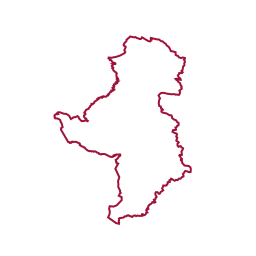 Gachoka, Eastern, Kenya, rotated 289°
{"feature_id": "3690345B9660706705639", "entity_name": "Gachoka", "entity_type": "district", "adm_level": 2, "iso_a3": "KEN", "parent_name": "Kenya", "parent_adm1": "Eastern", "projection": "equal_earth", "projection_center": [37.603, -0.727], "detail": "fine", "context": "isolated", "style": "outline", "palette": "rose", "viewbox_px": 256, "rotation_deg": 289, "n_neighbors": 0, "source": "geoboundaries", "source_scale": "gbopen_adm2", "svg_char_len": 5842}
<svg xmlns="http://www.w3.org/2000/svg" viewBox="0 0 256 256"><g transform="rotate(289 128 128)"><path d="M215.2,100.2L214.1,99.8L211.0,97.9L209.8,98.2L207.0,97.0L205.5,96.7L204.6,97.2L204.6,98.0L203.8,99.5L200.3,99.2L199.0,100.7L197.7,100.4L193.7,96.7L191.4,93.6L188.9,89.2L188.3,86.8L187.6,86.9L187.7,87.2L186.8,88.6L186.3,88.8L186.7,90.0L185.2,91.7L185.1,94.9L184.9,95.1L184.4,95.2L183.4,92.6L183.1,93.4L181.4,92.5L181.1,93.3L180.5,93.4L180.2,94.1L179.6,93.5L179.5,92.8L179.2,94.6L177.7,95.4L177.4,96.5L177.0,96.9L176.7,98.5L176.1,99.5L175.8,99.7L175.2,99.4L172.5,100.6L172.3,101.4L171.6,101.4L171.5,102.0L171.3,101.9L170.9,102.5L170.5,101.9L170.2,102.8L168.1,102.0L168.7,103.5L167.4,102.9L166.8,103.1L166.5,102.4L165.8,102.2L165.6,101.4L165.1,101.4L164.8,100.7L164.3,101.1L163.5,100.5L163.1,100.5L162.7,101.4L162.4,101.3L162.4,100.9L161.8,101.4L160.8,100.3L160.1,101.3L160.0,102.6L159.8,102.6L159.7,102.2L158.7,101.8L158.9,101.4L158.8,101.1L158.2,101.0L158.0,100.2L157.7,100.3L157.6,100.7L156.6,100.2L156.8,99.7L155.0,99.1L154.1,99.2L153.6,98.3L153.0,98.1L152.5,98.7L152.2,98.6L151.7,97.7L150.3,96.9L150.2,95.7L149.7,95.0L150.0,94.5L149.9,94.2L149.5,93.7L149.2,94.2L148.7,93.7L148.2,93.6L148.4,92.8L148.0,92.5L148.1,92.1L147.5,91.3L146.9,91.1L146.8,90.3L145.8,90.6L145.4,89.5L144.4,89.8L142.0,87.7L140.7,87.9L139.9,87.2L139.4,87.1L138.9,85.6L137.7,86.0L136.6,85.1L135.6,85.2L134.4,84.5L133.4,84.5L131.3,82.3L129.5,82.2L128.5,81.6L127.9,82.0L127.8,82.9L127.0,83.3L125.5,82.3L125.0,82.5L124.2,82.9L123.5,83.8L123.2,85.4L122.0,86.4L121.6,87.7L121.2,87.5L121.4,85.2L120.2,84.0L119.4,81.8L121.1,78.5L122.3,77.7L122.8,76.4L121.2,74.8L120.3,72.8L119.7,72.7L117.9,71.1L118.6,70.5L119.0,69.6L119.9,69.1L120.4,68.3L121.0,66.2L121.2,64.7L120.6,62.9L120.7,58.4L119.9,56.5L119.1,56.2L118.4,57.4L118.0,56.9L117.6,55.4L116.7,54.6L115.4,54.5L114.9,55.1L113.8,55.3L113.4,56.0L114.0,58.0L113.9,60.0L113.4,61.4L111.5,62.6L110.8,63.8L107.5,65.9L106.0,64.8L104.5,65.3L95.2,76.1L95.5,76.9L94.9,78.0L95.2,78.5L95.4,78.4L95.4,78.9L95.8,79.0L96.0,78.8L96.3,79.4L96.8,79.6L96.6,79.9L96.8,80.7L97.5,81.7L98.1,83.9L97.8,84.5L97.7,87.3L97.1,87.8L96.4,87.7L96.0,88.2L96.0,89.3L95.6,89.8L95.7,91.4L95.2,92.3L95.5,92.9L95.4,93.5L94.5,94.6L93.6,97.3L93.5,98.9L94.1,100.2L93.9,101.1L94.4,101.8L94.7,103.1L94.5,103.5L95.2,104.5L95.2,105.3L94.7,106.6L94.7,108.6L94.1,109.0L94.3,111.4L94.8,111.6L95.1,112.2L95.7,114.0L95.8,115.0L95.0,120.4L95.4,121.5L95.3,122.3L95.6,122.9L96.9,123.1L96.9,124.0L97.1,124.3L98.0,123.9L98.6,124.9L98.4,125.3L99.3,125.8L99.6,127.4L100.2,128.3L100.4,129.2L99.4,129.7L97.4,128.4L95.9,128.2L93.8,126.8L93.3,127.3L92.2,127.6L92.0,128.4L91.0,128.7L91.1,130.3L85.4,129.3L78.7,135.8L74.6,135.9L71.2,137.4L69.2,137.9L66.1,141.0L65.2,141.2L64.2,142.2L63.0,141.5L61.7,141.7L60.9,141.4L60.6,144.5L57.7,145.5L51.3,142.6L49.0,139.9L48.1,136.2L45.5,136.4L43.1,138.0L40.6,138.6L37.0,138.3L34.2,147.6L34.5,149.9L34.4,150.6L35.5,150.5L36.9,149.5L38.2,149.6L39.4,148.9L40.2,149.6L41.9,153.0L43.4,153.7L44.1,155.4L44.7,155.4L45.6,156.6L45.6,157.2L45.1,158.1L45.5,158.9L45.2,160.9L46.7,161.7L47.6,163.0L47.3,164.3L48.3,165.5L48.5,167.1L49.5,169.8L50.7,169.3L51.2,169.4L51.3,170.2L50.7,170.6L50.5,171.2L51.5,172.4L52.3,172.8L53.6,172.8L54.4,173.8L55.1,172.8L56.2,172.0L57.1,172.9L57.9,172.2L58.3,172.3L58.4,173.4L59.4,172.8L60.7,172.6L61.6,173.1L62.3,173.1L64.0,174.7L65.9,175.2L66.1,175.9L65.8,176.5L65.8,176.9L66.8,178.0L67.2,177.8L68.3,176.0L68.6,175.8L69.2,176.8L70.0,177.1L71.1,176.9L71.9,177.5L72.5,177.3L73.8,175.7L75.2,175.1L76.3,175.2L76.9,176.7L75.9,178.4L76.0,179.1L76.4,179.5L78.1,179.7L80.5,181.6L82.0,179.9L83.7,180.2L85.1,180.1L85.7,182.2L86.4,183.2L87.1,183.0L88.2,183.7L89.7,183.2L90.6,185.1L91.2,184.8L91.5,184.3L92.2,184.2L93.0,185.4L94.1,185.2L94.2,185.7L93.3,189.1L93.7,189.7L94.6,190.3L94.8,191.6L95.1,192.0L96.6,192.5L97.2,194.2L99.0,194.9L100.2,196.2L100.7,196.2L102.4,194.9L104.0,195.7L105.1,195.7L106.0,196.1L106.3,198.5L106.1,199.6L106.3,200.8L106.8,201.5L107.5,201.4L110.2,200.5L111.1,199.8L111.8,197.7L110.9,193.6L111.6,192.6L112.4,190.8L114.1,190.0L114.6,188.6L115.2,188.4L115.8,189.2L116.4,189.0L117.0,187.6L117.8,186.9L118.6,185.5L119.3,185.6L120.1,187.7L123.3,186.2L125.2,186.7L126.8,186.7L127.1,184.8L128.0,183.8L127.7,182.9L126.7,182.0L127.3,180.7L129.1,179.9L130.8,180.7L131.3,179.9L131.6,178.0L132.0,177.7L134.8,177.8L135.1,177.6L135.3,176.7L135.6,176.4L138.1,176.4L138.5,175.8L138.5,173.7L138.9,171.3L140.7,171.3L141.8,173.9L142.1,174.0L143.9,172.7L144.6,173.6L145.9,173.7L146.9,174.8L147.6,174.9L148.3,174.4L149.1,174.3L149.4,174.0L149.5,172.7L151.0,170.8L151.0,168.6L151.9,166.3L153.0,165.9L154.1,165.0L153.6,163.1L154.3,159.8L153.9,156.1L154.1,154.6L154.6,154.1L155.7,153.9L156.6,155.0L157.3,154.0L157.3,152.9L159.0,152.0L159.0,150.3L161.7,148.9L165.4,148.3L166.3,148.7L168.7,146.3L170.5,147.0L171.8,147.9L172.4,148.9L173.0,151.1L173.1,153.4L173.9,157.6L175.2,161.3L175.0,162.2L175.6,163.4L175.8,165.2L176.2,165.6L178.3,165.7L179.3,165.2L180.0,164.4L182.5,166.0L183.2,165.9L183.8,165.1L184.9,165.1L185.8,163.6L187.3,162.8L188.0,160.5L188.8,159.7L189.4,157.7L189.9,157.0L190.4,157.9L190.6,159.1L190.5,161.4L190.7,162.2L191.3,161.9L191.9,161.1L192.3,159.6L193.9,158.0L195.4,158.6L196.6,158.5L197.4,161.0L198.3,161.6L199.0,161.0L199.4,160.0L200.6,160.7L204.2,160.1L205.2,160.8L206.0,160.8L207.5,160.1L208.8,160.4L209.7,159.9L210.8,158.7L211.6,159.3L212.7,159.0L212.5,156.8L211.4,155.4L211.4,153.1L212.3,152.1L212.5,149.5L212.7,149.2L215.2,148.3L215.0,145.2L214.6,143.6L217.5,140.8L218.1,139.7L218.4,138.2L219.9,136.1L220.5,133.9L221.2,132.5L220.9,131.1L221.8,128.3L221.2,126.7L220.6,120.3L220.1,120.3L219.6,121.6L219.3,121.7L218.6,120.9L217.8,121.2L217.1,120.8L216.8,118.9L218.3,111.7L216.6,111.3L215.9,110.2L216.1,108.1L215.9,107.2L216.4,105.5L215.8,104.7L215.2,100.2Z" fill="none" stroke="#9f1239" stroke-width="2"/></g></svg>